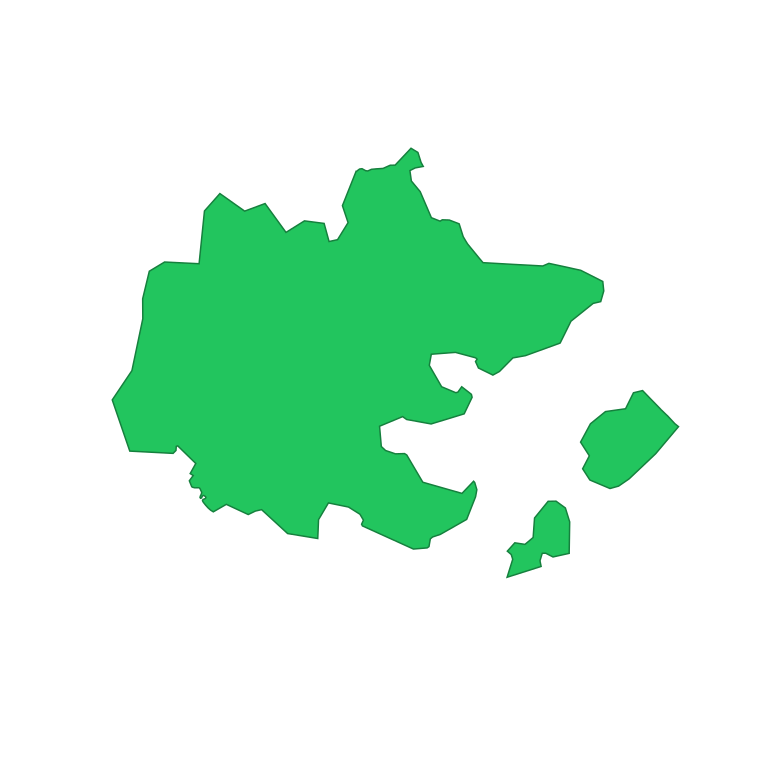 the district of Somerset, Maryland, United States of America, rotated 225°
{"feature_id": "52423323B97218068880690", "entity_name": "Somerset", "entity_type": "district", "adm_level": 2, "iso_a3": "USA", "parent_name": "United States of America", "parent_adm1": "Maryland", "projection": "robinson", "projection_center": [-75.835, 38.105], "detail": "fine", "context": "isolated", "style": "filled", "palette": "green", "viewbox_px": 768, "rotation_deg": 225, "n_neighbors": 0, "source": "geoboundaries", "source_scale": "gbopen_adm2", "svg_char_len": 2837}
<svg xmlns="http://www.w3.org/2000/svg" viewBox="0 0 768 768"><g transform="rotate(225 384 384)"><path d="M321.6,227.9L326.9,233.7L334.3,241.7L334.4,241.9L339.2,260.6L338.9,260.8L322.1,271.9L308.9,274.9L302.3,273.2L300.7,269.0L298.9,268.4L246.5,288.1L237.6,298.6L237.2,300.8L241.7,307.2L241.6,308.8L241.5,309.6L241.5,310.1L237.8,317.6L229.8,346.7L239.5,369.0L243.6,374.9L250.2,378.5L251.9,378.6L251.5,361.8L264.4,354.6L280.4,345.7L281.1,345.3L287.1,342.0L305.8,346.8L317.7,349.9L320.3,349.3L326.5,342.7L331.4,340.3L335.8,338.1L341.7,337.9L357.3,351.0L348.1,373.3L347.8,374.1L342.9,374.9L322.4,389.1L321.1,391.6L315.0,403.0L306.2,419.6L312.3,436.9L314.9,438.5L317.5,438.2L327.1,437.0L326.0,430.5L327.1,428.6L341.3,422.8L365.1,429.2L365.3,429.4L371.6,438.5L359.0,453.2L355.7,457.0L355.1,457.3L348.0,461.4L337.9,467.2L337.7,467.3L335.7,467.4L335.2,464.6L328.5,462.1L316.9,466.1L313.3,467.3L311.2,474.5L311.3,493.6L304.0,504.1L288.4,537.5L296.2,560.6L294.3,577.8L293.1,588.9L289.0,595.5L294.4,605.2L301.8,611.2L304.8,610.2L325.3,603.5L331.2,599.7L336.6,596.3L352.7,585.9L355.2,579.7L365.6,570.4L376.6,560.5L399.8,539.8L406.6,540.4L423.7,542.1L426.8,542.8L432.2,544.2L444.1,550.4L444.6,550.2L453.8,546.1L458.9,541.3L459.5,538.8L468.1,535.1L494.4,545.6L508.2,546.9L514.7,551.8L516.6,553.2L514.7,558.9L510.1,565.6L514.5,566.9L523.7,571.7L531.6,569.8L530.9,546.6L534.3,543.1L537.1,535.8L540.6,531.8L541.4,530.9L544.7,526.9L546.1,523.2L547.7,521.9L551.8,520.7L553.3,518.7L553.9,514.4L554.0,514.4L539.5,480.7L523.5,472.7L518.9,453.2L523.6,445.9L539.9,455.2L555.6,443.1L560.5,421.9L595.7,427.5L604.8,407.7L634.7,402.6L633.3,379.4L599.8,338.3L625.4,315.1L629.7,297.8L614.9,273.6L600.7,259.6L571.7,215.2L564.9,180.6L516.3,156.8L484.1,185.8L484.1,189.9L486.8,193.0L486.1,194.4L460.9,194.7L457.7,183.6L454.2,184.4L453.2,177.9L447.3,175.4L446.2,175.7L444.4,176.8L441.6,179.7L440.4,180.0L436.3,178.5L435.3,176.9L434.6,174.8L433.8,173.6L432.9,173.5L432.4,174.5L433.1,176.0L433.1,177.0L432.7,177.7L430.6,178.2L429.5,177.6L429.4,176.6L430.3,174.4L430.1,173.4L429.5,173.0L428.1,172.6L424.6,172.2L420.7,172.0L417.3,172.2L414.3,172.9L410.4,187.4L387.7,195.7L385.1,203.2L381.7,208.6L346.4,210.1L321.6,227.9ZM196.5,562.2L201.4,554.2L195.7,537.3L207.9,521.1L209.9,501.9L203.9,481.9L188.0,478.4L183.6,464.5L171.5,461.9L170.5,461.7L150.3,469.9L145.9,477.7L143.6,490.2L143.4,497.3L142.8,519.0L142.6,526.8L145.6,562.1L150.3,561.6L150.5,561.6L161.4,562.0L162.1,561.9L169.0,561.8L169.6,561.7L170.3,561.8L184.9,562.0L196.5,562.2ZM143.9,366.1L148.7,369.3L151.4,374.3L152.4,376.2L150.0,378.7L145.0,380.3L142.2,381.2L133.3,395.2L134.3,396.2L155.2,417.8L168.1,424.6L179.5,422.8L185.0,417.1L182.8,395.7L170.0,380.9L170.9,370.3L179.2,364.2L178.6,353.0L173.5,353.4L170.4,351.8L169.0,351.0L160.3,334.4L143.9,366.1Z" fill="#22c55e" stroke="#15803d" stroke-width="1.5"/></g></svg>